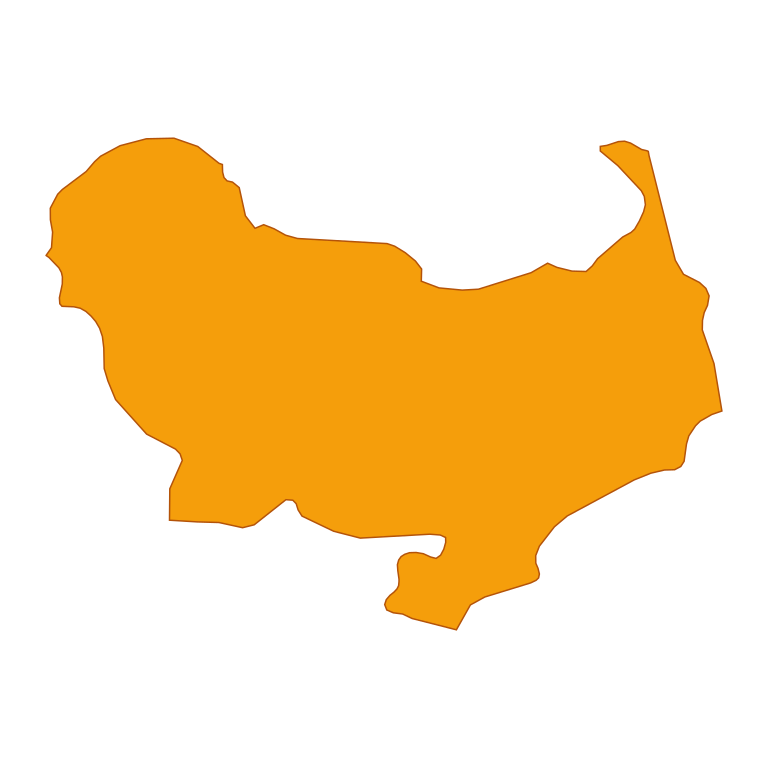 the border of Skikda
{"feature_id": "DZA-2166", "entity_name": "Skikda", "entity_type": "Province", "adm_level": 1, "iso_a3": "DZA", "parent_name": "Algeria", "parent_adm1": "", "projection": "albers", "projection_center": [6.827, 36.763], "detail": "fine", "context": "isolated", "style": "filled", "palette": "amber", "viewbox_px": 768, "rotation_deg": 0, "n_neighbors": 0, "source": "natural_earth", "source_scale": "10m", "svg_char_len": 2063}
<svg xmlns="http://www.w3.org/2000/svg" viewBox="0 0 768 768"><path d="M46.1,255.4L51.5,247.7L52.6,232.1L50.4,219.8L50.3,208.2L57.7,194.2L62.3,189.5L86.2,171.5L94.7,161.6L100.6,156.2L120.1,145.7L146.3,138.8L174.0,138.2L197.8,146.5L219.0,163.3L222.4,164.5L222.6,172.1L224.0,177.6L227.1,180.9L232.5,182.1L239.2,187.6L245.4,215.8L255.0,228.3L263.7,224.7L274.1,228.8L285.6,235.2L297.5,238.5L387.1,243.6L394.7,246.2L405.4,252.8L415.4,261.0L421.6,269.0L421.3,281.2L439.0,287.9L462.3,290.1L478.4,289.2L531.1,272.7L547.6,263.2L557.0,267.4L572.0,271.1L586.1,271.5L592.3,265.9L597.6,258.7L622.7,237.0L631.0,232.5L634.7,229.1L639.4,221.0L643.6,211.8L645.4,204.8L644.3,196.4L641.3,190.7L617.8,165.6L600.3,151.0L600.3,146.4L606.8,145.4L618.4,141.6L624.6,141.2L630.6,143.1L641.6,149.5L647.1,150.8L648.3,151.4L649.0,155.5L675.3,260.3L683.5,274.3L699.5,282.5L705.9,288.4L709.1,295.9L707.5,305.4L704.2,312.6L702.5,320.3L702.3,329.9L714.0,363.6L721.9,411.0L711.8,414.5L700.2,421.1L695.5,425.8L688.8,435.9L686.5,443.9L684.1,461.3L680.8,466.5L674.7,469.7L664.5,470.0L650.8,473.2L634.2,479.9L567.3,515.9L554.4,526.8L539.4,546.1L535.7,555.6L535.8,563.2L538.0,568.3L539.4,574.0L538.6,577.9L536.1,580.3L530.7,582.9L484.8,597.0L470.4,604.9L456.4,629.8L412.1,618.5L402.6,614.0L393.3,612.8L386.8,610.0L384.7,604.6L386.3,599.6L390.0,595.3L394.0,592.1L397.0,588.9L398.6,585.7L399.0,581.6L399.0,579.2L397.8,570.6L397.4,564.7L398.7,560.0L401.1,556.6L404.7,554.3L409.5,552.7L416.1,552.5L423.3,553.7L430.6,557.0L436.1,558.4L440.6,555.2L443.8,549.2L445.7,542.4L445.6,537.5L440.2,535.0L429.8,534.2L360.3,538.1L333.8,531.3L302.0,516.1L298.1,509.9L296.2,503.7L292.8,500.2L285.9,499.7L254.2,524.8L242.6,527.7L218.9,522.5L197.4,521.9L169.5,520.2L169.8,488.8L182.3,460.4L180.1,453.9L175.5,449.1L146.6,434.1L115.6,399.6L107.9,380.9L104.2,368.6L103.8,348.1L102.4,336.5L99.6,328.2L95.7,321.5L91.1,316.1L85.9,311.4L80.2,308.2L73.9,306.8L62.0,306.3L59.8,303.8L59.4,297.8L62.3,284.0L62.4,276.9L61.4,272.4L58.9,267.8L48.9,257.4L46.1,255.5L46.1,255.4Z" fill="#f59e0b" stroke="#b45309" stroke-width="1.5"/></svg>